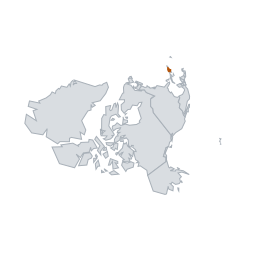 Dominican Republic on a map of North America (Mercator projection), rotated 233°
{"feature_id": "DOM", "entity_name": "Dominican Republic", "entity_type": "country or territory", "adm_level": 0, "iso_a3": "DOM", "parent_name": "North America", "parent_adm1": "", "projection": "mercator", "projection_center": [-70.506, 18.775], "detail": "fine", "context": "in_parent", "style": "filled", "palette": "amber", "viewbox_px": 256, "rotation_deg": 233, "n_neighbors": 17, "source": "natural_earth", "source_scale": "50m", "svg_char_len": 9373}
<svg xmlns="http://www.w3.org/2000/svg" viewBox="0 0 256 256"><g transform="rotate(233 128 128)"><path d="M96.7,158.1L93.9,155.8L92.0,155.2L91.6,152.7L88.9,149.4L89.4,146.5L83.9,139.1L81.9,140.9L78.3,138.1L78.3,115.2L82.9,117.6L90.4,115.0L91.3,112.9L93.7,115.9L95.1,113.9L95.2,116.2L98.1,115.0L104.4,117.6L105.8,119.0L104.3,120.3L106.2,120.9L109.8,120.1L110.9,121.7L112.0,120.4L110.9,119.2L111.6,118.3L113.6,117.9L118.4,121.0L121.4,120.6L121.3,119.0L122.2,118.5L123.8,119.4L123.8,121.9L125.7,117.1L123.4,114.1L123.5,110.7L124.7,108.4L127.1,110.4L128.5,113.8L127.6,115.3L129.4,115.9L129.4,118.8L130.8,116.6L132.0,118.4L131.7,120.4L132.7,122.2L134.5,117.9L134.5,114.7L137.5,115.4L138.8,116.8L138.1,119.7L138.7,122.4L134.3,123.8L132.7,128.2L129.3,130.9L125.7,136.9L125.2,140.8L126.7,141.1L127.7,144.4L137.8,147.9L138.0,151.1L140.2,154.6L141.6,152.3L140.3,148.7L143.6,145.4L141.6,141.1L142.8,139.0L142.1,133.8L146.4,133.6L150.7,136.5L151.0,140.8L152.7,142.2L155.8,138.0L159.0,144.6L158.6,145.7L163.1,148.8L164.7,151.1L164.8,153.0L160.4,156.1L153.9,156.1L149.2,161.3L155.3,157.7L156.2,158.5L155.2,159.5L155.9,162.2L157.2,162.9L158.9,162.7L159.9,161.1L160.6,162.7L155.0,166.1L154.2,166.0L154.2,164.8L155.9,163.6L153.2,163.8L152.5,161.0L151.0,160.4L148.7,164.0L145.3,164.0L137.7,168.6L136.9,168.2L138.0,166.0L137.5,163.5L131.6,159.1L128.3,159.4L125.1,157.5L96.7,158.1ZM136.1,133.5L136.8,132.5L138.2,132.5L137.0,134.2L136.1,133.5ZM140.4,105.5L139.3,102.3L143.9,105.4L141.8,105.2L140.4,105.5ZM140.5,135.3L140.2,133.7L140.9,134.2L140.5,135.3ZM126.3,97.5L125.8,99.0L123.1,97.7L125.1,94.8L126.3,97.5ZM126.1,86.6L123.7,86.5L123.5,85.1L125.5,85.2L126.1,86.6ZM121.2,79.9L124.4,82.3L122.6,85.1L121.2,79.9ZM140.3,97.7L127.5,98.1L126.0,92.0L122.8,90.1L128.4,90.0L130.8,95.0L139.0,94.6L140.3,97.7ZM107.0,84.1L109.9,84.4L106.1,85.6L107.0,84.1ZM108.2,80.0L110.1,81.3L107.1,82.3L108.2,80.0ZM164.9,154.4L163.7,156.8L167.0,157.7L166.7,158.8L167.4,158.5L167.9,160.3L167.4,161.6L166.3,161.4L166.2,160.0L165.1,161.3L164.2,160.1L161.2,160.2L163.1,155.4L164.9,154.4ZM134.2,125.9L138.6,130.1L140.0,130.7L137.0,129.8L134.5,132.2L132.8,131.1L134.2,125.9ZM139.4,108.0L142.3,105.7L151.5,112.8L153.3,116.8L151.5,118.1L158.5,123.1L156.4,127.7L153.6,124.3L152.3,124.6L152.2,126.0L155.7,131.4L155.3,133.0L151.5,130.6L154.2,134.7L151.4,133.8L145.4,128.5L141.6,128.7L142.3,127.0L146.3,126.6L147.6,122.0L146.9,119.9L141.2,113.9L131.3,113.2L130.5,112.1L131.6,110.7L130.1,110.7L129.8,107.4L131.6,102.9L134.2,101.9L133.5,104.2L134.3,106.4L137.8,102.1L139.5,105.8L139.4,108.0ZM123.9,103.3L127.5,100.9L129.5,101.7L124.5,108.0L123.9,103.3ZM96.7,92.9L100.5,86.7L103.4,86.0L102.5,91.1L96.7,92.9ZM86.3,150.9L87.7,149.7L87.4,151.6L88.3,153.0L86.3,150.9ZM114.3,77.6L119.0,80.3L120.2,84.8L114.6,82.5L115.6,80.9L114.3,77.6ZM96.0,158.8L93.9,158.3L91.1,155.3L93.7,156.0L96.0,158.8ZM94.6,100.1L102.1,100.5L104.1,103.1L100.4,106.4L99.1,110.2L96.4,111.7L93.6,108.6L95.6,102.4L94.6,100.1ZM110.1,90.0L114.1,95.5L107.5,99.7L105.8,98.5L107.9,96.8L101.9,96.5L104.2,91.3L110.7,95.5L109.2,91.5L110.1,90.0ZM111.3,104.5L114.4,105.9L115.3,111.4L118.8,115.6L117.1,115.8L117.4,118.0L113.8,116.8L106.4,118.6L102.3,114.5L107.3,113.3L101.7,112.8L101.2,111.6L103.5,110.4L100.2,109.6L104.5,103.7L105.5,104.4L105.0,106.0L109.8,104.9L111.6,109.3L112.1,107.9L111.3,104.5ZM119.4,105.8L118.3,103.5L122.5,102.1L121.8,104.8L123.4,106.3L123.2,109.3L121.5,110.5L117.3,106.5L119.4,105.8ZM113.2,102.7L114.5,102.5L115.3,103.3L114.4,105.6L113.2,102.7ZM117.3,91.9L122.2,92.3L121.7,97.4L117.3,95.2L117.3,91.9ZM123.2,72.8L127.6,65.8L134.2,77.4L131.0,82.9L127.1,82.6L126.0,80.6L126.8,77.2L123.2,72.8ZM128.4,61.4L140.8,51.8L158.5,55.9L152.6,64.2L154.9,64.2L149.1,74.8L143.3,77.5L144.7,78.2L144.0,79.2L144.8,81.7L140.4,88.1L142.3,90.0L139.6,92.6L130.5,91.4L132.3,88.2L131.8,84.8L135.1,86.6L132.1,82.5L135.0,77.4L133.1,72.2L138.3,70.9L132.4,70.6L128.4,61.4ZM145.0,121.5L143.2,122.5L142.9,121.2L144.3,119.3L145.0,121.5ZM121.7,114.0L124.3,117.0L123.6,118.0L120.1,116.2L121.7,114.0ZM155.8,156.7L157.5,157.0L158.6,157.9L156.8,157.4L155.8,156.7ZM156.3,161.0L156.7,161.8L158.4,161.9L157.5,162.6L156.2,162.0L156.3,161.0Z" fill="#d9dde1" stroke="#a8b0b8" stroke-width="1"/><path d="M96.7,158.1L125.1,157.5L128.3,159.4L131.6,159.1L137.5,163.5L137.4,168.6L145.3,164.0L148.7,164.0L151.0,160.4L152.5,161.0L153.4,164.3L150.2,165.9L149.4,167.7L150.3,168.7L146.5,169.6L148.3,169.6L146.3,169.9L145.3,172.3L144.7,171.5L145.1,173.0L144.3,174.5L143.8,172.0L143.9,173.4L143.2,173.2L144.5,176.6L138.8,181.6L140.1,186.9L139.7,188.8L138.4,188.0L136.4,183.4L135.0,183.7L133.6,182.8L130.4,183.1L130.6,184.3L125.2,183.9L122.8,185.8L122.4,188.1L120.9,187.5L118.9,184.0L115.9,184.1L113.3,181.2L108.7,181.7L104.9,180.1L102.5,180.3L101.1,178.5L99.0,177.8L95.1,170.5L95.6,163.3L94.8,159.3L96.4,159.5L97.0,160.9L96.7,158.1ZM78.3,115.2L78.3,138.1L81.9,140.9L83.9,139.1L89.4,146.5L88.9,148.5L85.3,142.4L82.7,142.2L79.4,139.6L72.1,136.9L71.0,137.3L71.2,138.7L67.4,140.4L68.5,136.0L65.1,140.0L65.8,141.0L64.9,142.4L60.6,146.4L54.0,148.9L60.4,144.5L62.0,140.9L57.0,141.3L56.5,138.7L53.6,137.7L52.8,135.6L53.2,134.4L54.4,132.0L58.2,130.6L57.5,129.1L58.2,128.2L54.0,129.0L50.8,126.1L54.5,123.8L57.3,125.0L52.2,119.1L52.7,117.6L62.5,110.2L78.3,115.2ZM47.1,130.6L48.4,130.8L50.2,131.7L49.4,132.4L47.1,130.6ZM63.0,194.8L64.3,195.0L63.4,195.7L63.0,194.8ZM62.5,193.4L62.7,193.9L62.4,193.5L62.5,193.4ZM61.8,193.2L62.3,193.3L61.7,193.3L61.8,193.2ZM60.9,193.1L61.4,193.1L60.9,193.1ZM59.4,192.1L59.6,192.5L59.2,192.3L59.4,192.1ZM51.5,138.3L53.3,138.1L53.4,138.9L51.5,138.3ZM64.4,143.7L67.0,143.4L64.6,144.5L64.4,143.7Z" fill="#d9dde1" stroke="#a8b0b8" stroke-width="1"/><path d="M148.5,194.8L148.5,196.6L145.8,196.3L147.9,195.9L147.0,194.6L148.5,194.8Z" fill="#d9dde1" stroke="#a8b0b8" stroke-width="1"/><path d="M141.2,187.4L142.3,186.9L142.3,187.2L141.2,187.4ZM142.4,186.7L143.2,187.2L143.0,188.0L142.8,187.3L142.4,186.7ZM141.7,189.5L142.3,188.8L142.6,190.4L141.7,189.5Z" fill="#d9dde1" stroke="#a8b0b8" stroke-width="1"/><path d="M173.8,55.9L182.1,48.1L193.8,48.4L200.1,55.1L188.9,59.2L198.9,62.6L197.7,66.5L205.3,61.3L208.9,65.6L200.9,72.6L203.3,72.9L201.3,80.6L201.3,86.1L202.5,89.1L199.3,90.7L201.1,93.0L201.4,96.4L200.3,96.8L201.6,100.1L197.3,103.7L198.6,107.6L196.1,107.1L198.8,109.9L199.2,112.4L197.4,113.0L195.3,110.0L195.7,112.1L194.5,113.7L198.6,114.0L180.9,126.6L179.5,131.2L177.8,133.0L178.2,134.7L177.3,138.5L172.3,136.9L168.9,130.9L166.5,122.2L169.7,114.6L165.8,115.5L166.1,111.9L169.1,112.7L164.6,109.3L165.8,106.2L161.8,95.4L151.8,93.1L148.9,89.0L153.6,87.3L146.9,84.1L154.6,77.1L155.0,75.1L152.3,73.0L158.1,65.4L157.7,62.3L170.2,57.4L176.1,63.1L173.8,55.9Z" fill="#d9dde1" stroke="#a8b0b8" stroke-width="1"/><path d="M102.5,180.3L104.9,180.1L108.7,181.7L113.3,181.2L115.9,184.1L118.2,183.6L120.9,187.5L122.8,188.0L122.0,191.8L124.0,195.8L125.5,196.5L128.6,195.7L129.7,193.4L133.0,192.8L132.2,196.4L129.0,196.8L128.5,197.4L129.5,198.7L128.2,198.7L127.7,200.3L126.1,198.8L123.3,199.1L116.3,196.3L114.3,194.6L113.7,191.5L107.5,184.5L106.5,181.9L104.7,181.6L110.3,190.8L109.9,191.4L107.5,189.3L107.4,187.9L104.6,185.9L105.5,185.0L102.5,180.3Z" fill="#d9dde1" stroke="#a8b0b8" stroke-width="1"/><path d="M142.8,206.4L142.3,207.9L141.0,206.0L139.2,207.9L137.2,207.0L137.2,205.5L138.7,206.3L141.1,205.5L142.8,206.4Z" fill="#d9dde1" stroke="#a8b0b8" stroke-width="1"/><path d="M137.6,205.5L137.1,206.8L134.4,205.1L134.1,204.1L136.4,204.0L137.6,205.5Z" fill="#d9dde1" stroke="#a8b0b8" stroke-width="1"/><path d="M136.4,204.0L134.3,203.9L132.4,202.0L135.1,200.0L136.9,199.8L136.4,204.0Z" fill="#d9dde1" stroke="#a8b0b8" stroke-width="1"/><path d="M136.9,199.8L135.1,200.0L132.7,201.9L130.7,200.4L132.1,198.9L135.1,198.8L136.9,199.8Z" fill="#d9dde1" stroke="#a8b0b8" stroke-width="1"/><path d="M130.7,200.4L132.3,201.1L132.1,201.8L129.9,201.1L130.7,200.4Z" fill="#d9dde1" stroke="#a8b0b8" stroke-width="1"/><path d="M127.7,200.3L128.2,198.7L129.5,198.7L128.5,197.4L129.0,196.8L130.9,196.8L130.8,198.9L131.8,199.1L130.7,200.4L129.9,201.1L127.7,200.3Z" fill="#d9dde1" stroke="#a8b0b8" stroke-width="1"/><path d="M130.9,196.8L131.9,196.3L131.1,198.9L130.8,198.9L130.9,196.8Z" fill="#d9dde1" stroke="#a8b0b8" stroke-width="1"/><path d="M153.2,196.1L154.7,196.4L153.1,196.7L153.2,196.1Z" fill="#d9dde1" stroke="#a8b0b8" stroke-width="1"/><path d="M141.8,196.4L143.3,196.2L144.0,196.8L141.8,196.4Z" fill="#d9dde1" stroke="#a8b0b8" stroke-width="1"/><path d="M137.8,191.0L141.8,191.8L146.0,194.2L142.4,194.7L143.1,194.1L141.4,192.8L138.3,191.6L135.1,192.4L137.8,191.0Z" fill="#d9dde1" stroke="#a8b0b8" stroke-width="1"/><path d="M158.4,204.9L159.5,204.1L159.5,204.9L158.4,204.9Z" fill="#d9dde1" stroke="#a8b0b8" stroke-width="1"/><path d="M148.5,196.6L148.5,196.4L148.4,196.2L148.2,196.0L148.3,196.0L148.5,195.9L148.5,195.7L148.4,195.6L148.5,195.5L148.6,195.4L148.5,195.2L148.5,194.8L148.5,194.7L148.8,194.6L149.0,194.7L149.3,194.6L149.5,194.7L149.8,194.7L150.0,194.8L150.3,194.9L150.4,195.1L150.5,195.2L150.5,195.3L151.0,195.2L151.1,195.3L150.8,195.3L150.7,195.4L150.8,195.5L151.0,195.5L151.3,195.6L151.6,195.7L151.8,195.9L152.0,196.0L151.9,196.1L151.7,196.3L151.4,196.2L151.2,196.2L150.9,196.2L150.6,196.2L150.4,196.2L150.2,196.3L149.8,196.4L149.7,196.4L149.3,196.3L149.2,196.4L149.2,196.5L149.0,196.8L148.9,197.0L148.7,196.9L148.6,196.7L148.5,196.6Z" fill="#f59e0b" stroke="#b45309" stroke-width="1.5"/></g></svg>